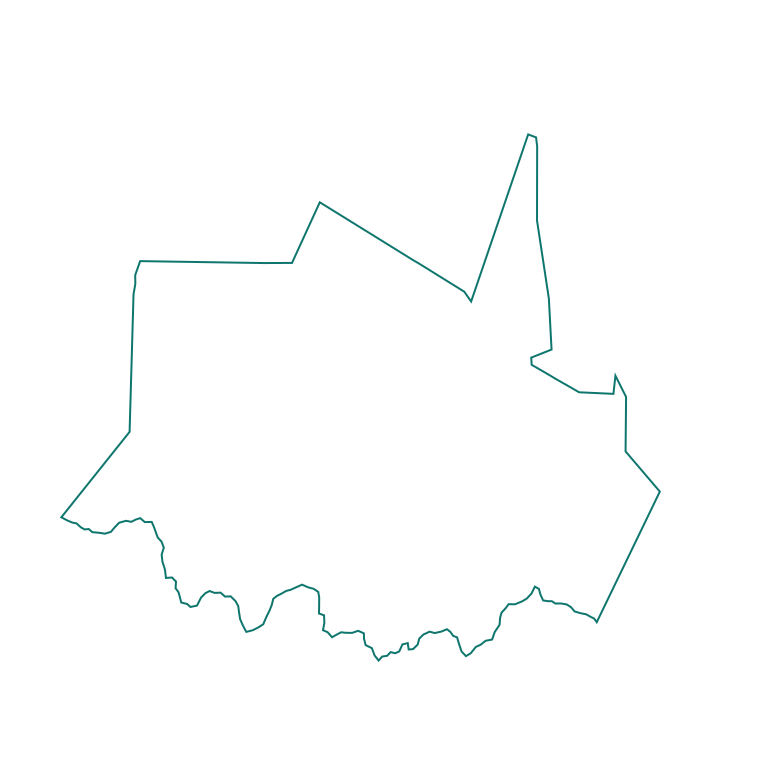 the district of Domingos Mourão, Piauí, Brazil, rotated 191°
{"feature_id": "56859067B58876353314423", "entity_name": "Domingos Mourão", "entity_type": "district", "adm_level": 2, "iso_a3": "BRA", "parent_name": "Brazil", "parent_adm1": "Piauí", "projection": "equal_earth", "projection_center": [-41.31, -4.285], "detail": "fine", "context": "isolated", "style": "outline", "palette": "teal", "viewbox_px": 768, "rotation_deg": 191, "n_neighbors": 0, "source": "geoboundaries", "source_scale": "gbopen_adm2", "svg_char_len": 2181}
<svg xmlns="http://www.w3.org/2000/svg" viewBox="0 0 768 768"><g transform="rotate(191 384 384)"><path d="M129.7,190.8L92.7,331.0L134.0,363.9L136.8,379.1L143.9,417.5L158.4,436.3L156.9,418.1L190.9,413.1L216.5,421.8L223.6,424.4L242.7,431.0L244.5,438.0L226.1,449.8L238.5,499.4L265.0,573.7L279.0,646.5L281.8,655.1L290.1,656.5L314.2,481.6L322.8,489.9L373.4,509.2L379.2,511.2L481.7,550.1L497.4,485.3L525.0,479.8L646.8,458.1L649.0,443.5L647.2,434.8L647.0,424.4L624.6,288.5L675.3,191.6L668.7,189.6L663.6,188.5L659.2,188.5L654.3,185.5L650.2,184.1L646.2,185.3L642.0,182.9L635.3,183.6L629.5,183.8L623.9,186.7L621.0,191.9L617.5,197.3L611.1,200.5L605.7,200.5L601.9,203.5L597.8,205.8L592.4,202.8L585.7,204.3L582.4,199.5L579.8,195.1L576.8,190.1L572.3,186.8L568.9,181.3L569.7,174.1L567.6,167.3L563.7,160.2L561.0,152.0L555.2,153.6L550.5,150.4L549.6,143.7L545.9,140.3L543.6,135.6L541.3,130.8L535.3,130.5L531.4,128.2L525.3,130.8L522.8,139.5L519.4,144.6L515.7,147.5L510.5,146.6L504.6,148.0L499.5,145.0L494.0,146.3L488.4,142.6L484.7,138.2L482.9,132.7L480.3,125.6L476.4,120.0L471.9,114.4L465.9,117.2L461.0,121.0L456.7,125.1L455.0,133.0L453.2,139.5L452.0,145.7L451.7,152.0L448.6,155.6L444.2,159.0L440.6,162.2L436.3,164.2L431.0,168.0L426.1,171.4L420.0,170.0L413.9,169.5L408.9,167.4L406.9,162.2L405.3,153.6L404.0,146.3L398.7,145.5L397.0,138.3L396.9,130.7L392.0,129.6L386.7,125.5L382.6,129.0L378.7,132.1L374.0,132.5L367.8,133.6L362.3,136.8L356.2,135.4L355.0,130.1L352.2,124.2L345.5,122.4L341.4,115.7L336.5,111.5L333.8,116.1L329.1,117.8L326.3,122.1L321.7,121.8L318.0,124.4L316.2,131.9L311.3,134.2L309.1,128.1L304.9,129.3L301.2,134.7L300.8,140.8L297.6,145.5L292.0,149.6L286.7,149.2L280.7,151.8L275.4,155.3L271.5,153.3L268.1,150.0L263.9,149.2L260.9,143.4L256.8,136.2L251.6,132.5L247.5,136.2L243.7,143.4L239.3,146.6L235.3,151.3L229.1,153.8L228.0,161.6L224.6,169.7L225.4,176.5L225.0,182.0L222.0,186.8L219.7,191.6L213.3,192.8L207.2,196.8L202.9,200.6L199.3,206.3L197.2,213.9L192.8,212.4L190.3,207.2L186.5,201.9L181.7,202.1L177.7,202.8L174.0,201.2L168.5,202.3L162.7,202.5L157.8,200.6L153.5,197.1L147.1,196.5L141.5,196.5L137.4,195.1L132.9,193.8L129.7,190.8Z" fill="none" stroke="#0f766e" stroke-width="2"/></g></svg>